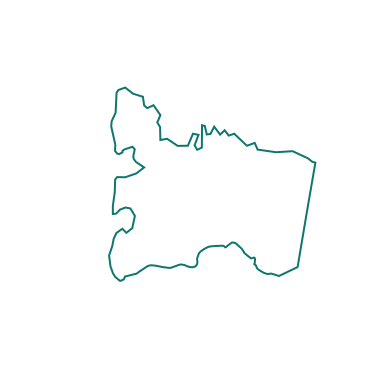 outline of Chatham, Georgia, United States of America, rotated 140°
{"feature_id": "52423323B68249799438553", "entity_name": "Chatham", "entity_type": "district", "adm_level": 2, "iso_a3": "USA", "parent_name": "United States of America", "parent_adm1": "Georgia", "projection": "albers", "projection_center": [-81.083, 31.979], "detail": "fine", "context": "isolated", "style": "outline", "palette": "teal", "viewbox_px": 384, "rotation_deg": 140, "n_neighbors": 0, "source": "geoboundaries", "source_scale": "gbopen_adm2", "svg_char_len": 1861}
<svg xmlns="http://www.w3.org/2000/svg" viewBox="0 0 384 384"><g transform="rotate(140 192 192)"><path d="M179.5,71.8L159.4,66.6L118.2,101.7L78.6,135.2L80.5,138.0L81.5,143.2L88.7,158.6L102.0,168.4L114.5,182.3L112.4,189.3L120.2,192.1L122.2,209.5L127.6,211.6L127.3,218.3L133.6,217.9L133.0,227.8L140.5,224.6L143.7,226.6L139.7,234.4L141.4,236.7L155.9,219.7L160.9,221.0L160.0,226.1L150.3,231.6L153.8,236.0L165.4,230.1L173.3,236.5L176.9,248.8L182.8,252.2L174.7,262.3L173.9,267.6L166.8,271.2L165.7,283.2L172.4,285.0L173.0,289.1L168.4,296.5L174.0,305.2L176.0,314.9L182.7,317.4L185.9,316.6L199.6,301.8L208.0,297.9L211.7,294.2L220.3,277.6L224.6,272.9L224.6,269.5L223.4,267.9L220.0,267.0L218.8,268.2L216.2,268.0L208.5,264.9L208.4,261.5L213.9,257.3L215.4,254.7L215.6,251.0L212.9,241.6L222.7,242.0L233.8,246.3L239.7,251.5L242.8,251.0L251.6,241.2L261.5,232.3L266.8,226.0L263.9,224.2L258.5,224.8L252.8,222.8L249.8,219.0L251.1,210.4L261.0,202.7L268.5,202.9L269.0,208.6L276.3,209.2L281.9,206.6L288.0,201.7L296.3,196.7L302.2,187.5L304.8,180.6L305.4,176.3L304.3,170.1L300.5,168.9L297.7,170.3L286.9,165.1L283.8,164.9L276.5,164.1L273.5,163.7L271.5,162.9L269.9,161.7L267.1,158.8L263.1,153.8L258.4,148.6L256.4,147.3L248.4,144.4L246.7,143.3L244.8,141.0L243.1,137.7L242.0,136.0L239.8,133.9L238.8,133.4L236.9,132.8L234.8,133.3L233.1,134.6L231.4,137.0L230.8,137.8L226.3,140.5L224.0,140.9L219.1,140.5L214.9,139.5L212.2,138.1L205.4,133.0L203.7,131.7L203.4,131.5L202.3,130.0L202.1,128.2L201.3,127.9L198.4,128.0L194.0,127.6L193.1,127.0L191.5,124.9L190.4,116.8L190.7,113.0L191.1,111.8L190.4,107.5L190.2,106.8L189.5,103.4L189.1,102.9L186.9,102.1L186.4,101.5L186.5,100.9L187.0,99.8L188.5,98.4L189.9,97.0L190.6,96.8L190.6,95.9L190.2,95.2L190.4,94.0L191.2,92.0L191.1,90.1L189.1,84.2L187.0,80.7L183.8,78.6L183.5,78.2L180.9,74.3L179.5,71.8Z" fill="none" stroke="#0f766e" stroke-width="2"/></g></svg>